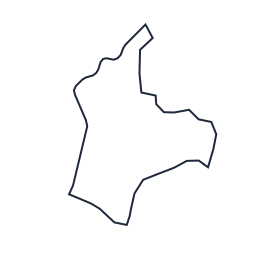 the border of Đakovica, rotated 68°
{"feature_id": "KOS-5890", "entity_name": "Đakovica", "entity_type": "District", "adm_level": 1, "iso_a3": "XKX", "parent_name": "Kosovo", "parent_adm1": "", "projection": "equal_earth", "projection_center": [20.354, 42.389], "detail": "fine", "context": "isolated", "style": "outline", "palette": "slate", "viewbox_px": 256, "rotation_deg": 68, "n_neighbors": 0, "source": "natural_earth", "source_scale": "10m", "svg_char_len": 703}
<svg xmlns="http://www.w3.org/2000/svg" viewBox="0 0 256 256"><g transform="rotate(68 128 128)"><path d="M77.5,164.7L72.7,164.0L69.4,160.4L65.9,151.8L65.4,148.1L66.1,141.0L65.1,137.0L62.8,133.8L56.5,128.6L54.7,125.3L55.2,121.9L59.3,115.8L59.4,111.5L57.5,107.4L52.1,102.4L49.9,99.4L38.6,73.0L53.8,71.4L60.0,87.5L81.6,96.9L100.1,102.3L108.3,90.2L116.5,92.9L126.8,88.8L130.9,79.4L134.0,64.6L146.4,59.3L153.6,48.5L166.9,48.5L179.3,56.6L194.4,68.5L184.7,74.6L180.5,85.8L182.1,100.1L181.8,117.0L181.7,133.4L191.1,146.5L203.8,155.3L210.4,159.5L217.4,165.5L210.4,176.0L192.4,184.4L183.9,190.8L167.4,207.5L160.7,200.5L111.1,165.1L104.9,164.1L77.5,164.7Z" fill="none" stroke="#1e293b" stroke-width="2"/></g></svg>